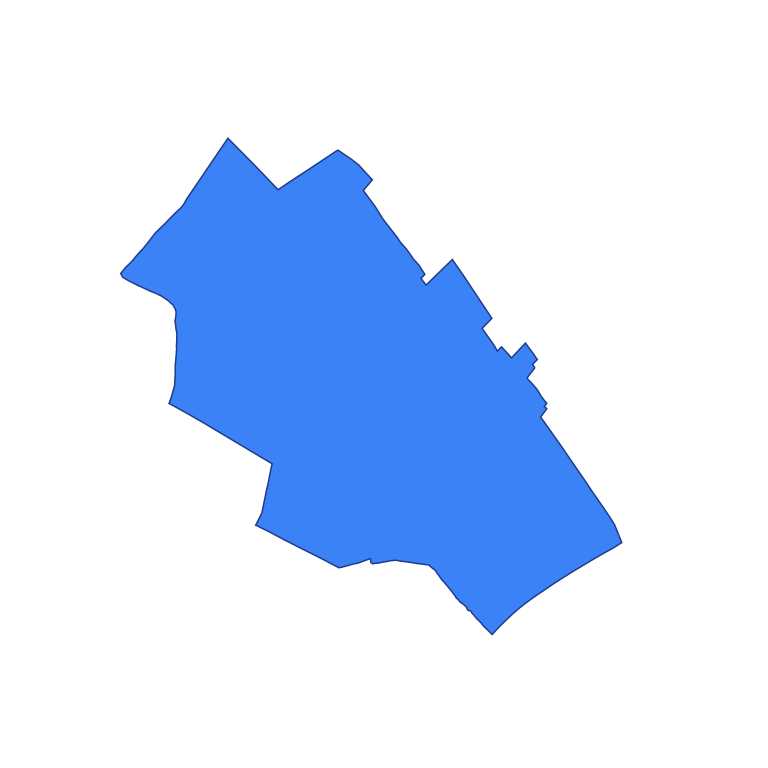 Bang Na, Bangkok Metropolis, Thailand, rotated 208°
{"feature_id": "78962969B90575155663708", "entity_name": "Bang Na", "entity_type": "district", "adm_level": 2, "iso_a3": "THA", "parent_name": "Thailand", "parent_adm1": "Bangkok Metropolis", "projection": "equal_earth", "projection_center": [100.623, 13.666], "detail": "fine", "context": "isolated", "style": "filled", "palette": "blue", "viewbox_px": 768, "rotation_deg": 208, "n_neighbors": 0, "source": "geoboundaries", "source_scale": "gbopen_adm2", "svg_char_len": 5222}
<svg xmlns="http://www.w3.org/2000/svg" viewBox="0 0 768 768"><g transform="rotate(208 384 384)"><path d="M564.7,265.9L557.5,265.9L548.7,265.7L544.9,265.6L543.8,265.6L532.2,265.2L523.0,264.9L505.6,264.0L499.6,263.7L493.3,263.4L471.1,262.3L469.0,262.2L457.0,261.6L445.4,261.1L444.6,258.3L441.9,249.1L441.7,248.5L440.1,243.4L438.2,236.2L435.7,227.7L433.2,219.3L431.5,213.5L431.3,212.9L431.2,212.1L431.2,210.0L431.1,208.1L431.1,206.0L431.0,199.1L421.9,199.4L414.6,199.6L411.5,199.6L410.1,199.6L397.9,199.6L387.6,199.8L377.7,200.0L366.5,200.3L354.9,200.5L345.8,200.5L337.6,200.6L337.3,200.7L337.2,200.8L335.9,202.0L335.5,202.2L330.8,206.6L326.5,210.7L323.1,213.5L322.0,214.6L319.7,217.2L315.6,221.8L314.4,223.2L314.1,223.4L313.9,223.3L313.2,222.3L312.4,221.0L311.7,220.1L311.3,220.2L310.5,220.2L310.1,220.0L309.7,219.8L307.9,221.3L305.0,223.2L301.3,226.2L298.1,228.7L295.5,230.8L293.6,232.2L290.6,234.0L289.8,234.3L289.2,234.6L288.9,234.6L288.2,234.8L287.8,234.9L286.3,235.3L284.3,236.2L284.2,236.2L282.6,236.8L282.4,236.9L280.6,237.6L279.9,237.8L279.5,237.9L279.3,238.0L274.9,239.6L270.9,240.9L268.1,242.0L263.6,243.7L259.3,245.3L259.0,245.2L258.8,245.1L258.3,244.9L255.2,244.2L252.3,243.7L251.6,243.6L251.1,243.5L248.7,242.0L246.4,241.1L245.3,240.5L241.2,238.3L238.0,237.2L237.4,237.1L226.3,232.4L221.1,230.0L220.3,229.3L219.6,229.0L216.8,228.3L214.1,227.1L211.5,226.9L209.4,226.5L208.6,226.3L206.7,225.8L206.4,225.7L205.0,224.4L204.5,224.0L204.0,223.8L203.6,223.8L203.0,223.8L201.7,224.1L200.9,224.2L200.5,224.1L200.3,224.1L199.0,223.1L198.7,223.0L198.5,222.9L197.8,222.7L195.8,222.0L195.0,221.6L194.3,221.3L193.7,221.1L192.2,220.4L191.8,220.2L190.6,220.1L189.6,219.7L189.2,219.5L187.7,219.1L186.0,218.6L185.6,218.4L184.5,217.9L183.0,217.2L170.9,213.6L170.6,214.7L169.6,218.6L168.5,222.7L167.3,226.7L164.8,234.4L164.7,234.8L162.0,242.7L160.5,246.5L159.0,250.4L157.2,254.4L155.4,258.3L153.5,262.2L149.7,269.9L148.3,272.4L141.7,285.0L135.5,296.2L129.2,307.1L118.4,325.1L111.8,335.7L109.6,339.2L105.1,346.0L99.6,355.6L114.1,367.8L119.8,371.2L124.0,373.5L126.1,374.5L126.3,374.7L133.4,378.4L133.8,378.6L143.0,383.4L148.6,386.2L156.9,390.7L158.8,391.7L162.5,393.7L166.8,395.9L173.0,399.1L177.4,401.4L183.7,404.7L192.7,409.4L196.4,411.4L230.2,428.4L228.6,438.5L231.9,439.7L231.8,440.5L231.2,443.3L235.3,445.0L239.7,447.1L244.1,449.9L245.0,450.3L246.9,451.3L249.2,452.2L252.4,453.5L256.6,454.9L260.0,456.0L260.3,456.4L260.3,456.6L260.2,458.6L258.5,468.5L258.6,469.0L259.0,469.5L262.1,471.1L260.1,477.5L266.9,481.1L278.3,486.5L283.7,467.0L297.6,472.0L298.3,469.9L298.6,468.7L299.3,466.5L299.3,466.2L303.1,468.7L305.4,470.0L306.5,470.6L308.7,471.7L323.5,479.2L319.6,492.6L337.5,502.3L363.3,516.3L382.1,526.0L393.3,491.1L400.9,494.6L399.4,500.0L402.6,501.8L404.9,503.0L408.5,505.2L411.1,506.1L414.9,507.5L416.9,508.3L422.9,511.4L427.0,513.4L430.2,514.7L432.8,515.6L437.0,517.3L439.7,518.9L441.5,519.8L446.4,522.0L456.6,526.5L463.1,529.5L468.0,532.4L475.0,536.5L493.1,545.1L490.8,556.0L490.1,558.8L494.2,560.2L504.2,563.7L508.7,565.4L517.4,567.0L534.4,568.9L535.8,566.7L550.0,540.4L554.1,532.9L559.6,522.9L561.6,519.3L561.7,519.1L562.4,517.9L568.7,505.8L595.1,514.5L599.7,516.0L608.6,518.8L627.9,524.8L637.2,527.7L639.7,504.8L645.0,455.6L645.1,455.2L645.1,454.8L645.1,454.5L645.1,454.1L645.1,453.6L645.2,453.2L645.1,451.3L645.1,450.6L645.2,449.7L645.3,448.8L645.3,448.0L645.4,447.6L645.5,446.8L645.6,446.1L645.7,445.9L645.8,445.5L645.9,445.1L646.1,444.3L646.2,443.9L646.4,443.1L646.7,442.4L647.6,439.7L647.8,439.2L648.0,438.6L648.4,437.4L648.6,436.7L649.1,435.1L650.4,430.8L651.1,428.3L651.5,427.0L652.0,425.1L652.3,424.0L652.6,423.1L652.8,422.3L652.9,421.9L653.1,421.3L653.2,421.1L654.1,418.6L654.4,417.5L654.7,416.7L655.2,415.0L655.3,414.7L655.6,413.8L655.8,413.0L656.1,412.1L656.4,411.4L656.6,410.7L656.7,410.4L656.8,410.0L656.9,409.6L656.9,409.2L657.1,408.3L657.2,408.0L657.4,406.6L657.7,405.3L657.8,404.4L658.5,400.0L658.6,399.1L658.8,398.2L659.2,396.0L659.9,392.5L660.1,391.2L660.3,390.3L660.4,389.9L660.5,389.4L660.7,388.8L660.8,388.5L661.3,387.1L661.5,386.5L661.6,386.0L661.8,385.2L662.0,384.3L662.4,382.6L662.8,380.9L663.0,380.0L663.1,379.6L663.4,377.9L663.6,376.6L663.9,375.3L664.1,374.5L664.2,374.0L664.5,373.2L664.8,372.0L665.2,370.7L666.0,368.4L666.4,367.1L666.7,366.3L666.8,365.8L666.9,365.7L666.9,365.4L667.0,365.0L667.1,364.6L667.3,363.8L667.4,363.0L667.8,360.9L667.9,360.0L668.0,359.6L668.1,359.2L668.2,358.8L668.3,358.5L668.4,358.2L668.1,357.9L667.1,357.1L665.9,356.2L664.2,355.5L657.0,355.3L647.7,355.5L639.7,356.0L639.0,356.0L638.1,356.1L637.8,356.1L637.3,356.1L636.3,356.2L634.3,356.2L628.4,356.9L621.9,357.2L614.8,356.4L613.3,356.2L609.6,355.2L607.5,354.8L605.7,353.6L604.7,353.0L602.9,351.7L601.4,349.9L599.5,346.0L599.2,345.0L598.6,343.2L598.5,342.8L598.5,342.6L598.4,341.9L598.2,341.7L597.5,340.7L597.4,340.6L597.0,339.9L595.9,338.5L595.8,338.3L595.5,338.0L595.3,337.8L595.3,337.7L594.1,335.9L593.5,334.9L591.6,332.7L590.2,330.6L588.0,326.3L586.2,322.5L585.0,319.8L584.6,319.2L583.9,318.3L582.1,314.3L580.5,310.7L580.2,309.9L578.4,305.7L577.0,302.3L574.7,298.0L572.9,294.5L568.3,284.6L567.7,282.7L567.2,279.6L566.0,274.6L564.7,266.4L564.7,265.9Z" fill="#3b82f6" stroke="#1e3a8a" stroke-width="1.5"/></g></svg>